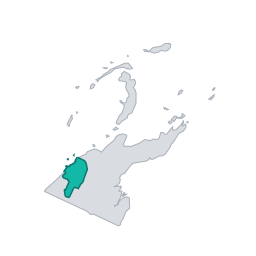 Papua New Guinea, with East Sepik highlighted, rotated 295°
{"feature_id": "PNG-1239", "entity_name": "East Sepik", "entity_type": "Province", "adm_level": 1, "iso_a3": "PNG", "parent_name": "Papua New Guinea", "parent_adm1": "", "projection": "mercator", "projection_center": [143.363, -4.131], "detail": "fine", "context": "in_parent", "style": "filled", "palette": "teal", "viewbox_px": 256, "rotation_deg": 295, "n_neighbors": 0, "source": "natural_earth", "source_scale": "10m", "svg_char_len": 5407}
<svg xmlns="http://www.w3.org/2000/svg" viewBox="0 0 256 256"><g transform="rotate(295 128 128)"><path d="M35.3,160.7L35.3,132.9L33.8,130.8L35.2,125.8L35.2,79.1L37.9,79.3L50.7,85.0L59.3,88.0L66.9,89.3L73.8,94.0L78.9,94.3L86.6,100.8L89.6,101.3L95.0,106.7L95.4,111.2L94.8,114.0L103.0,116.7L110.8,120.5L115.1,120.9L117.5,122.2L120.4,125.5L121.0,129.8L119.3,130.6L111.9,130.6L109.8,132.0L112.8,138.8L119.4,145.1L124.5,147.9L126.0,153.6L128.5,155.4L130.2,159.9L132.8,160.4L137.8,159.6L138.7,161.5L137.9,164.4L138.6,165.5L148.0,167.9L144.9,169.4L146.3,172.1L152.4,174.3L156.2,175.2L158.4,174.9L155.8,176.2L153.4,175.8L153.0,176.2L153.9,177.3L155.9,178.5L153.9,180.0L151.8,180.2L148.0,179.2L144.8,176.4L134.6,175.1L131.0,173.9L128.3,174.3L120.0,172.8L117.3,170.8L115.5,167.8L110.6,164.2L109.5,162.4L110.0,160.0L108.6,160.4L105.8,158.6L98.3,147.6L94.6,146.0L85.1,144.1L83.8,142.0L79.3,141.2L78.4,142.6L74.8,143.6L71.7,142.5L68.7,139.8L72.3,145.9L71.0,145.9L71.6,146.9L70.9,147.0L67.0,146.6L68.2,149.2L61.7,150.6L56.9,150.1L54.6,150.7L53.6,150.6L52.4,148.7L50.6,149.1L52.1,149.1L54.0,151.3L58.0,151.0L61.9,152.6L65.2,156.2L65.1,158.8L56.1,163.4L50.9,161.4L43.3,161.9L40.6,161.2L37.2,162.0L35.3,160.7ZM170.5,99.2L172.4,100.4L174.2,99.1L177.8,100.7L177.2,106.7L176.0,108.4L173.0,109.0L172.6,109.9L174.6,113.4L173.7,114.7L171.1,116.0L166.7,115.9L165.6,118.3L163.2,120.5L153.7,124.8L143.5,125.1L140.1,122.5L136.6,123.0L131.9,119.8L127.9,118.5L127.1,117.4L127.2,115.8L128.3,114.9L135.4,115.0L139.8,116.3L145.7,115.5L147.4,114.6L148.0,110.7L149.0,109.1L150.0,109.8L148.7,112.8L150.1,115.5L154.3,114.7L157.0,115.4L159.1,114.6L162.0,110.4L164.4,108.5L168.7,107.5L168.6,104.4L167.1,100.2L167.7,99.0L170.5,99.2ZM222.2,130.1L221.6,131.5L221.3,131.1L219.2,132.3L216.7,131.9L214.5,130.6L212.8,128.1L212.7,125.4L210.3,124.1L207.2,120.6L206.6,118.3L206.8,114.5L211.4,116.7L216.0,123.3L220.5,126.3L222.2,130.1ZM186.9,100.9L183.9,106.9L182.0,104.4L181.3,102.7L181.1,98.1L176.3,91.2L171.3,89.0L161.1,81.8L157.1,80.7L158.1,80.4L158.1,78.6L163.1,82.3L166.2,83.2L170.4,86.1L173.2,87.1L185.5,97.8L186.9,100.9ZM106.1,71.1L115.7,71.4L115.9,72.2L114.6,72.3L113.0,73.7L107.3,73.3L104.8,74.1L104.6,73.0L105.5,72.7L105.4,71.7L106.1,71.1ZM154.4,163.6L156.2,164.7L157.7,164.5L158.8,165.7L159.0,167.7L158.4,168.1L157.9,167.5L153.3,167.1L154.2,166.0L153.3,163.8L154.4,163.6ZM153.3,79.7L149.9,79.7L147.4,77.4L150.7,76.3L153.2,77.3L153.3,79.7ZM161.3,172.2L163.5,170.9L164.0,171.3L163.2,174.4L159.8,173.1L157.5,168.2L161.3,172.2ZM179.2,159.4L182.9,158.8L184.7,160.1L185.2,160.6L184.8,161.9L181.8,161.4L179.2,159.4ZM187.8,188.7L194.7,192.0L192.2,192.6L190.0,191.7L189.7,190.9L188.8,191.2L189.3,190.6L187.8,188.7ZM123.2,119.3L120.2,116.8L120.3,115.1L123.6,116.6L123.2,119.3ZM152.1,165.5L151.2,165.6L149.2,163.8L150.4,161.9L151.8,162.6L152.1,165.5ZM205.8,114.4L204.5,110.4L205.6,109.1L206.8,111.7L205.8,114.4ZM112.6,114.4L110.5,112.8L112.0,111.4L113.0,112.1L112.6,114.4ZM144.9,65.9L143.7,66.2L142.2,64.9L142.6,63.4L144.4,64.4L144.9,65.9ZM98.6,104.5L97.3,105.9L96.5,104.8L97.9,103.2L98.6,104.5ZM161.8,151.9L161.9,156.8L160.9,155.8L161.3,153.8L160.4,153.2L161.8,151.9ZM66.0,153.2L68.1,155.2L63.1,152.0L66.0,153.2ZM67.8,152.7L65.1,151.9L64.5,151.3L67.8,151.6L67.8,152.7ZM201.2,189.2L201.1,189.9L199.2,190.0L198.0,189.0L199.2,189.2L199.0,188.5L201.2,189.2ZM180.8,84.5L180.8,86.7L179.6,85.1L180.8,84.5ZM174.0,83.3L173.5,83.9L172.2,82.3L172.5,82.0L174.0,83.3ZM159.0,179.1L158.9,180.1L157.6,179.5L157.8,178.9L159.0,179.1ZM172.9,81.6L172.0,81.8L172.1,80.3L172.9,81.6ZM120.8,74.5L120.9,75.7L119.6,75.4L120.8,74.5ZM193.5,97.0L193.4,98.0L192.6,97.7L193.5,97.0Z" fill="#d9dde1" stroke="#a8b0b8" stroke-width="1"/><path d="M61.6,88.4L61.8,88.3L62.0,88.4L62.3,88.4L63.1,88.5L63.3,88.5L63.5,88.7L63.8,88.7L66.5,89.2L67.0,89.4L67.3,89.5L68.0,90.3L68.1,90.6L68.2,90.8L68.4,90.8L68.5,90.9L68.6,91.0L69.0,91.1L69.3,90.9L69.5,91.0L69.4,91.2L69.5,91.4L69.7,91.5L69.8,91.5L70.3,91.6L70.5,91.6L71.2,92.5L71.3,92.6L71.8,92.8L72.0,92.8L72.3,93.0L72.9,93.9L73.3,94.0L73.7,94.0L74.5,94.0L74.8,94.0L75.1,94.0L74.8,94.1L74.7,94.1L74.7,94.3L74.8,94.3L75.0,94.5L75.5,94.4L75.7,94.5L75.8,94.7L75.9,94.8L76.0,94.8L76.1,94.7L76.3,94.5L76.4,94.3L76.5,94.2L76.4,94.0L76.9,93.9L77.4,93.9L78.0,94.0L78.4,94.1L78.6,94.1L79.2,94.1L79.4,94.2L79.6,94.3L79.7,94.5L79.8,94.7L79.9,95.0L79.9,96.1L80.1,96.3L80.0,102.5L78.5,104.8L73.6,108.5L73.1,108.7L72.6,108.7L62.8,109.5L61.3,109.9L60.5,109.9L59.3,109.7L57.6,109.2L56.9,108.8L56.7,108.8L56.5,108.7L56.0,108.8L54.6,108.8L53.9,108.6L52.1,108.6L51.8,104.9L50.5,104.2L41.7,104.1L40.8,104.0L40.1,103.8L39.9,103.3L39.8,102.7L39.7,100.6L39.8,100.0L40.1,99.7L44.5,96.7L44.8,96.6L45.1,96.6L45.1,96.9L45.3,97.0L45.5,97.0L45.5,97.4L45.4,97.5L45.5,97.6L45.8,97.5L46.1,97.5L53.7,97.4L54.4,97.2L54.7,96.8L54.8,96.6L54.8,96.4L55.0,95.8L55.4,95.5L55.8,95.2L55.9,94.8L56.0,94.3L56.0,94.0L55.9,93.9L55.8,93.7L55.7,93.3L55.6,93.0L55.6,92.9L55.6,92.3L55.6,91.8L55.6,90.9L55.6,90.7L55.8,90.2L56.0,89.8L56.2,89.6L56.3,89.4L56.7,89.4L56.8,89.3L57.2,89.1L57.3,89.1L57.5,89.1L57.8,89.2L58.2,89.4L60.5,90.4L60.8,90.5L61.0,90.5L61.4,90.3L61.5,90.1L61.6,88.4L61.6,88.4ZM67.8,88.7L67.6,88.7L67.3,88.5L67.2,88.5L66.8,88.3L66.9,88.2L67.0,87.9L67.3,87.9L67.6,88.1L67.9,88.3L68.0,88.5L67.8,88.7ZM73.8,86.6L73.9,86.4L74.2,86.3L74.5,86.6L74.7,86.8L74.4,87.0L74.0,86.9L73.8,86.6ZM80.5,90.2L80.7,90.3L80.4,90.4L80.5,90.2Z" fill="#14b8a6" stroke="#0f766e" stroke-width="1.5"/></g></svg>